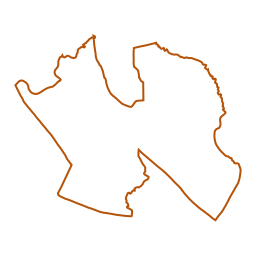 Kampong Rou, Svay Rieng, Cambodia
{"feature_id": "14789045B79980971591511", "entity_name": "Kampong Rou", "entity_type": "district", "adm_level": 2, "iso_a3": "KHM", "parent_name": "Cambodia", "parent_adm1": "Svay Rieng", "projection": "albers", "projection_center": [105.949, 10.943], "detail": "fine", "context": "isolated", "style": "outline", "palette": "amber", "viewbox_px": 256, "rotation_deg": 0, "n_neighbors": 0, "source": "geoboundaries", "source_scale": "gbopen_adm2", "svg_char_len": 5703}
<svg xmlns="http://www.w3.org/2000/svg" viewBox="0 0 256 256"><path d="M212.8,77.1L212.4,76.3L211.9,76.2L211.0,76.1L210.5,75.8L210.5,74.7L209.8,74.4L209.2,73.4L209.0,72.6L208.3,71.3L208.2,70.6L208.1,69.4L207.4,69.7L206.7,69.3L205.7,68.5L205.0,67.7L205.6,66.8L206.1,65.7L206.2,65.2L205.7,64.8L204.5,64.7L203.6,64.8L202.7,64.0L202.1,62.7L201.5,62.2L200.5,61.5L199.5,61.0L198.5,60.6L197.4,60.1L195.7,59.6L194.1,59.1L192.9,58.5L191.9,58.2L190.6,58.0L189.1,58.1L188.2,57.9L186.7,57.4L185.4,57.7L184.4,58.0L183.3,57.7L182.5,57.3L181.6,56.8L180.7,57.0L180.1,56.7L179.2,55.9L178.1,54.9L177.1,54.6L175.6,54.5L173.5,54.5L172.2,54.3L171.3,53.9L170.7,53.6L169.4,53.1L168.4,52.2L167.6,50.9L167.2,49.7L166.7,49.4L165.8,50.4L164.9,50.8L164.1,49.9L164.1,48.3L163.7,48.1L162.7,48.3L161.7,48.8L160.8,48.5L160.1,47.7L159.3,46.5L158.5,46.7L158.3,46.3L158.2,45.4L157.9,44.8L157.2,44.6L156.2,44.0L156.4,43.5L156.1,42.7L155.0,43.1L145.9,45.4L142.2,46.1L137.9,47.0L133.9,48.0L133.6,51.8L133.6,56.4L133.7,59.7L133.6,63.3L134.0,66.5L136.2,68.6L137.9,70.2L138.4,72.1L138.8,74.3L139.1,77.7L139.8,78.3L140.3,79.7L141.2,81.0L143.2,82.4L143.4,100.3L141.3,100.5L139.2,100.6L136.6,101.0L135.5,101.6L134.2,103.3L132.8,105.4L131.2,106.9L129.5,106.7L126.1,105.5L122.2,103.8L119.1,101.1L116.2,98.4L113.7,96.3L112.9,95.8L111.4,94.2L110.7,93.6L110.0,92.4L109.4,91.2L108.6,89.8L107.5,87.2L106.4,83.7L106.1,81.5L105.6,79.2L104.8,77.9L104.2,77.4L104.2,76.9L103.9,75.8L103.2,72.8L102.9,71.4L102.0,69.0L101.3,67.2L100.6,65.8L99.6,65.1L98.9,63.3L98.3,62.5L97.3,60.8L96.6,59.4L95.8,56.5L95.6,53.7L95.0,50.0L94.2,44.5L94.0,41.3L93.7,39.5L93.6,38.8L93.9,38.5L94.9,37.8L95.0,37.2L94.8,36.3L93.6,35.8L93.9,36.7L93.5,37.3L93.0,37.4L92.3,37.4L91.6,37.7L90.2,38.6L88.8,39.6L88.4,40.5L87.5,41.2L86.8,41.8L86.2,42.9L85.1,43.3L83.0,44.9L84.4,46.0L84.9,46.5L84.6,47.2L84.1,47.4L83.5,47.2L81.5,47.0L80.9,47.3L79.8,48.2L78.5,49.0L77.9,50.0L77.6,51.2L77.8,52.2L77.1,53.4L76.7,54.2L76.2,56.6L75.2,57.7L73.5,58.1L72.5,57.8L71.5,57.6L70.9,57.4L70.0,56.7L69.4,56.4L68.4,55.9L67.5,55.8L66.8,56.0L65.6,56.9L64.2,57.4L63.2,57.0L62.8,56.5L62.4,55.3L62.0,56.0L61.1,56.8L60.5,56.8L60.0,57.4L59.4,58.5L58.8,59.9L58.3,61.6L58.4,63.1L58.3,64.9L57.6,67.1L56.4,68.5L55.2,70.1L54.7,71.1L54.6,72.6L55.0,74.2L55.6,75.3L56.2,75.9L56.7,76.3L57.2,76.7L58.4,77.5L58.7,77.8L60.0,78.8L60.7,79.8L60.2,80.5L59.7,80.9L58.9,81.1L57.9,81.9L55.5,84.4L53.1,86.4L51.7,86.9L49.6,87.3L47.4,88.1L45.4,89.1L43.0,90.6L40.3,92.4L38.2,93.5L36.8,93.9L34.6,93.9L32.8,93.3L31.2,92.4L30.1,91.1L29.2,89.9L28.7,89.0L28.5,87.8L28.2,86.1L27.3,84.0L25.9,82.5L23.8,81.2L22.3,80.5L20.4,80.6L18.9,81.5L17.7,82.7L15.4,85.2L19.9,94.3L20.9,96.2L21.7,97.4L22.6,99.0L23.9,101.9L26.2,104.7L27.8,106.8L29.3,108.5L32.7,112.6L34.1,114.2L35.5,116.0L37.0,118.0L39.3,120.6L40.8,122.5L42.8,125.0L45.1,127.6L47.7,130.9L51.1,134.8L54.6,139.8L57.9,144.7L61.1,149.0L65.2,155.1L67.1,159.0L71.6,165.0L61.3,186.9L58.0,193.2L58.1,194.4L58.4,195.1L59.4,195.8L61.2,196.8L65.0,198.6L68.7,199.8L72.2,201.2L76.8,203.1L82.4,205.2L87.4,207.3L92.3,208.9L95.1,210.0L97.5,210.9L100.1,211.9L101.1,212.1L103.6,212.7L107.5,213.2L117.1,214.9L121.3,215.4L125.5,215.9L128.3,216.1L130.6,216.3L131.5,216.2L131.8,215.4L131.9,213.9L132.1,211.7L131.9,210.3L130.7,209.5L129.4,208.6L128.1,208.2L127.2,207.6L127.0,206.7L128.2,206.2L128.4,205.6L127.6,203.3L126.4,202.4L126.5,201.5L126.6,200.3L126.0,199.3L125.8,198.3L126.2,197.2L126.6,195.8L127.9,193.1L129.2,192.7L130.2,193.6L131.3,192.9L132.2,191.2L133.3,190.5L134.7,190.7L134.8,189.9L134.4,189.0L135.1,188.2L136.0,187.5L137.4,187.2L138.8,187.4L140.2,186.5L141.3,185.7L142.2,184.8L143.1,183.5L143.7,181.9L144.8,180.8L146.1,180.1L146.6,179.9L147.6,179.3L148.4,178.3L148.6,177.0L148.0,176.4L146.3,175.5L144.9,174.6L144.1,173.8L144.1,173.0L144.7,172.3L145.3,171.5L145.2,170.6L145.2,167.7L144.6,166.3L143.8,165.3L143.2,164.6L142.5,163.5L141.8,162.3L140.3,159.1L139.3,157.4L138.4,156.0L138.4,155.0L138.5,154.2L138.4,152.8L138.7,149.8L141.6,152.7L151.5,161.1L156.8,165.7L162.1,169.9L165.7,173.1L170.3,177.6L174.6,182.2L179.0,186.5L181.8,189.6L181.8,190.1L182.2,190.6L182.7,191.0L183.4,192.0L184.4,193.3L185.5,194.6L186.4,195.7L187.7,197.0L189.0,198.6L190.4,199.9L191.5,201.0L192.4,201.9L193.9,203.3L194.9,204.1L197.9,206.8L200.8,209.1L202.4,210.2L203.2,210.8L206.2,213.1L208.2,214.6L211.2,217.0L212.4,218.1L213.6,219.0L215.5,220.2L217.2,217.6L219.6,214.5L221.9,211.8L225.1,206.5L227.5,202.1L230.2,196.8L234.2,189.9L236.5,185.8L238.2,183.0L239.4,178.9L240.1,175.0L240.5,171.8L240.6,169.7L240.3,168.4L240.1,167.8L239.7,166.9L239.2,165.3L238.8,164.3L238.0,163.5L236.4,163.3L235.0,163.3L234.2,162.9L233.7,161.5L233.1,161.0L232.2,160.4L231.8,159.6L231.8,158.6L231.3,158.1L230.3,158.0L228.9,157.1L228.1,156.4L226.6,156.2L225.0,155.3L223.8,154.0L221.4,151.7L219.6,149.7L218.4,147.9L217.1,146.1L216.2,144.5L215.6,143.2L215.2,141.7L214.8,139.9L214.5,138.0L214.4,135.7L214.5,133.4L214.8,131.3L215.4,130.2L216.4,129.1L219.1,127.9L220.1,126.2L220.6,124.1L220.3,122.0L220.1,120.1L220.2,118.4L221.1,116.8L224.2,114.3L225.4,112.9L225.5,112.2L224.6,111.2L223.9,110.7L223.2,110.0L222.9,109.4L224.0,108.6L223.3,107.0L222.7,106.4L223.0,105.8L222.8,105.4L222.8,104.7L223.2,103.9L222.9,103.4L222.7,102.5L222.1,101.7L222.2,101.1L221.9,100.0L222.0,99.0L222.0,98.5L221.7,98.1L220.5,96.9L220.8,95.9L221.1,95.6L221.1,94.7L220.5,94.2L219.9,94.2L219.2,94.6L218.5,94.4L218.2,93.8L217.8,92.6L218.2,92.3L218.8,91.1L218.5,90.5L217.8,89.7L218.2,89.1L218.3,88.7L218.3,88.2L218.5,87.8L217.5,87.3L217.7,86.8L217.4,86.4L217.1,85.8L216.9,85.0L217.0,84.0L216.2,83.2L215.6,83.1L215.0,82.2L215.5,80.6L215.8,80.0L215.7,79.1L215.2,78.7L214.4,79.0L213.6,79.2L212.6,78.6L212.4,78.1L212.3,77.7L212.8,77.1Z" fill="none" stroke="#b45309" stroke-width="2"/></svg>